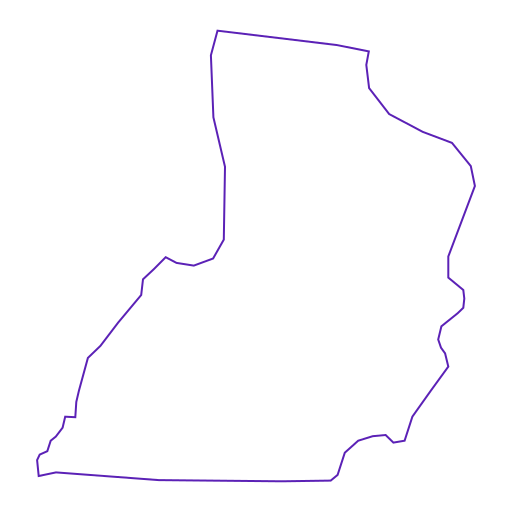 the district of Mala, Kémo, Central African Republic
{"feature_id": "33826404B24746486434253", "entity_name": "Mala", "entity_type": "district", "adm_level": 2, "iso_a3": "CAF", "parent_name": "Central African Republic", "parent_adm1": "Kémo", "projection": "robinson", "projection_center": [19.625, 6.239], "detail": "fine", "context": "isolated", "style": "outline", "palette": "violet", "viewbox_px": 512, "rotation_deg": 0, "n_neighbors": 0, "source": "geoboundaries", "source_scale": "gbopen_adm2", "svg_char_len": 838}
<svg xmlns="http://www.w3.org/2000/svg" viewBox="0 0 512 512"><path d="M368.8,51.4L336.5,45.0L330.6,44.3L217.5,30.7L210.9,55.3L213.4,117.3L225.0,166.8L223.8,239.6L213.1,258.5L193.8,265.6L176.5,262.9L165.7,257.2L154.0,269.0L143.0,279.3L141.2,295.0L118.3,322.4L100.4,345.9L87.9,357.9L78.9,390.8L76.3,401.9L75.3,417.2L65.2,416.7L62.6,427.7L55.8,436.6L50.7,440.7L47.3,451.2L39.7,454.6L37.1,460.1L38.7,476.0L56.0,472.4L158.6,480.1L281.8,481.3L330.7,480.6L337.6,474.9L344.8,452.7L358.2,440.7L372.7,436.2L385.6,435.0L393.4,442.6L404.6,440.7L412.4,416.6L430.8,390.7L448.3,366.6L445.1,353.4L441.0,347.7L438.2,339.5L441.4,326.3L457.7,313.2L463.3,307.8L464.3,298.6L463.3,290.0L448.3,277.6L448.3,256.5L474.9,186.0L470.8,166.1L452.0,142.9L422.8,131.9L389.2,114.1L369.1,88.1L366.3,64.9L368.8,51.4Z" fill="none" stroke="#5b21b6" stroke-width="2"/></svg>